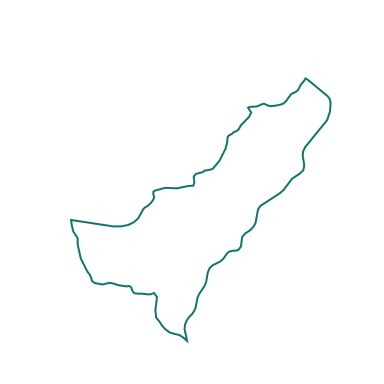 outline of Abkhazia, rotated 108°
{"feature_id": "GEO-3015", "entity_name": "Abkhazia", "entity_type": "Autonomous Republic", "adm_level": 1, "iso_a3": "GEO", "parent_name": "Georgia", "parent_adm1": "", "projection": "orthographic", "projection_center": [41.203, 42.991], "detail": "fine", "context": "isolated", "style": "outline", "palette": "teal", "viewbox_px": 384, "rotation_deg": 108, "n_neighbors": 0, "source": "natural_earth", "source_scale": "10m", "svg_char_len": 1928}
<svg xmlns="http://www.w3.org/2000/svg" viewBox="0 0 384 384"><g transform="rotate(108 192 192)"><path d="M72.8,85.6L81.9,85.7L114.2,98.2L119.4,98.9L123.5,97.8L132.1,93.4L136.9,92.9L140.7,94.9L141.9,95.8L148.4,100.9L161.9,105.6L166.1,108.1L184.1,122.7L188.2,123.8L201.9,122.0L206.4,122.9L210.7,125.1L214.7,128.4L219.3,130.4L228.8,128.6L232.8,130.1L234.0,131.9L235.8,136.1L237.1,138.0L239.0,139.5L245.9,141.6L249.4,143.7L255.3,149.7L258.8,151.7L263.7,152.1L273.4,150.7L278.2,151.2L286.8,153.7L291.0,154.1L300.2,152.9L304.0,153.1L307.9,154.1L312.0,156.2L316.2,157.4L320.5,157.6L324.7,156.7L335.1,150.7L333.3,155.0L331.9,159.7L332.4,164.9L332.5,170.0L330.7,175.1L328.1,179.5L325.1,183.1L322.6,187.2L315.7,190.3L302.9,192.8L301.8,194.1L299.8,196.9L302.2,199.9L303.3,203.7L304.1,208.0L304.3,208.6L305.4,211.8L306.1,215.7L304.1,218.5L302.4,219.6L301.0,221.2L300.9,223.1L301.9,224.8L303.4,233.1L303.3,237.8L303.8,242.2L307.7,248.7L308.2,253.0L308.6,256.5L307.5,259.7L305.1,261.2L302.3,263.6L300.2,266.7L300.1,266.9L289.6,277.2L278.1,284.0L277.7,284.3L271.1,286.6L269.3,288.9L266.4,292.6L261.3,295.8L259.8,296.5L256.6,298.1L256.0,298.4L249.0,256.0L246.6,248.8L243.2,242.7L238.8,238.0L233.4,234.9L223.2,233.0L221.0,231.8L218.9,229.8L215.7,228.0L212.3,226.7L209.6,226.3L208.1,226.8L205.4,228.4L203.7,228.8L202.3,227.9L196.3,218.7L193.2,207.5L187.7,197.9L185.5,192.7L182.2,192.7L176.9,195.1L173.6,193.9L169.7,187.8L167.4,186.4L167.3,185.5L164.2,180.1L163.3,179.3L153.7,175.5L140.4,173.5L134.3,173.8L130.0,174.9L128.4,175.0L126.8,174.4L124.3,171.9L122.9,171.3L122.3,170.8L120.1,168.3L118.9,167.4L117.6,166.9L113.4,166.1L102.9,160.9L98.0,160.3L94.5,164.7L93.2,163.3L91.3,158.4L90.1,156.0L87.1,152.9L85.8,150.9L86.4,145.2L84.4,139.8L81.6,134.9L79.5,132.2L75.4,130.3L68.3,128.0L64.1,123.7L62.2,122.7L56.1,121.6L52.1,119.9L48.9,119.1L49.7,116.0L58.9,92.8L60.8,89.9L63.9,87.9L72.8,85.6Z" fill="none" stroke="#0f766e" stroke-width="2"/></g></svg>